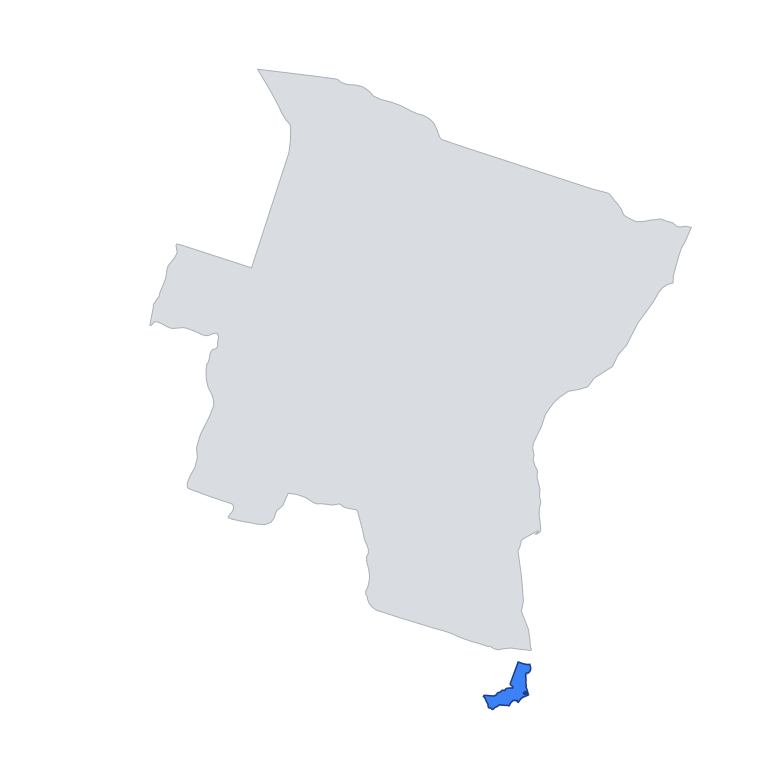 Cabinda highlighted on a map of Angola, rotated 198°
{"feature_id": "AGO-1885", "entity_name": "Cabinda", "entity_type": "Province", "adm_level": 1, "iso_a3": "AGO", "parent_name": "Angola", "parent_adm1": "", "projection": "mercator", "projection_center": [12.416, -5.077], "detail": "fine", "context": "in_parent", "style": "filled", "palette": "blue", "viewbox_px": 768, "rotation_deg": 198, "n_neighbors": 0, "source": "natural_earth", "source_scale": "10m", "svg_char_len": 5478}
<svg xmlns="http://www.w3.org/2000/svg" viewBox="0 0 768 768"><g transform="rotate(198 384 384)"><path d="M624.7,367.3L625.5,372.6L626.4,379.9L627.0,385.2L627.7,387.6L627.9,388.8L627.2,390.2L626.6,393.4L625.5,396.2L624.9,398.1L625.4,401.7L624.5,412.4L624.4,417.7L625.9,427.1L625.7,430.0L622.4,438.7L621.5,443.1L621.4,445.3L624.7,451.7L624.5,453.0L621.9,453.4L619.8,453.5L545.9,453.5L545.9,565.0L545.9,574.5L548.3,587.2L552.7,601.0L554.4,602.3L558.8,604.8L564.9,610.0L568.4,614.0L575.3,620.8L584.6,629.5L601.5,644.3L545.2,655.3L523.6,659.3L521.7,659.2L518.5,657.7L511.6,657.4L503.5,659.5L497.0,660.1L492.2,659.1L487.6,657.3L483.0,654.6L475.2,653.6L464.0,654.3L453.2,653.8L442.8,652.0L435.3,651.3L430.8,651.7L426.0,651.1L420.9,649.5L416.6,646.9L411.5,641.4L407.5,636.1L406.4,635.3L405.1,634.5L403.9,634.3L381.6,634.0L246.0,633.8L230.3,634.7L229.1,634.5L227.1,633.8L225.8,632.7L221.4,629.7L217.5,627.4L212.2,623.5L208.8,619.3L206.0,618.0L200.9,617.3L197.1,616.5L194.0,616.3L188.5,618.3L184.4,620.3L181.4,622.2L176.3,624.3L172.1,626.5L164.6,626.2L162.9,626.5L158.8,626.4L154.9,624.5L150.9,624.7L146.5,627.1L140.1,628.0L141.6,612.4L143.1,605.4L143.2,597.2L142.3,575.8L141.2,572.9L140.4,569.4L144.4,566.8L146.4,564.8L149.0,561.3L151.0,556.3L153.2,545.4L161.4,520.3L165.3,495.9L170.3,484.3L172.1,471.3L185.9,454.6L189.3,444.4L196.4,439.4L206.5,434.0L213.7,424.5L217.1,417.9L221.1,405.3L221.1,392.2L223.6,374.6L223.0,369.6L219.3,362.6L218.6,357.6L215.1,352.8L211.3,349.1L209.6,342.5L203.1,332.1L201.4,325.1L198.3,320.2L197.8,314.0L196.1,307.6L193.0,301.2L189.9,293.9L189.9,291.6L191.8,288.8L193.6,287.9L193.0,289.3L191.8,290.9L192.1,292.2L204.2,279.4L205.0,276.9L204.6,274.1L204.5,270.6L205.0,266.7L193.6,243.0L184.5,221.1L183.0,210.1L171.0,195.5L166.3,186.1L163.6,179.4L161.6,176.9L162.3,175.7L165.4,175.3L172.3,173.8L181.7,172.1L190.4,168.3L192.7,166.6L197.3,166.2L202.0,167.3L203.7,166.5L204.7,166.5L215.7,166.5L220.3,166.2L228.8,166.3L234.1,166.6L237.2,167.0L245.4,167.7L255.7,167.5L259.3,167.2L272.8,167.0L298.1,166.5L311.3,166.6L321.4,166.6L326.0,168.0L330.2,170.6L332.1,173.0L333.0,174.0L334.2,176.5L336.5,178.5L337.3,181.6L336.7,185.8L337.0,190.8L338.3,196.6L341.1,202.8L345.3,209.2L347.2,214.3L346.6,218.1L347.9,222.1L351.1,226.4L353.3,228.6L354.7,230.3L358.2,236.8L369.8,254.9L371.5,255.8L374.0,255.5L379.4,254.7L384.7,254.6L388.5,256.2L390.0,255.9L395.8,252.8L401.4,251.9L407.4,250.6L410.5,249.3L414.1,249.3L423.8,251.8L425.6,251.9L433.5,251.9L441.3,250.5L442.5,240.1L442.5,238.0L444.4,234.1L446.8,230.7L447.1,227.5L447.0,223.0L448.7,217.6L454.0,213.3L462.5,211.3L467.3,210.9L475.0,209.7L486.6,208.5L490.8,208.7L491.2,209.3L488.7,216.7L488.7,219.2L489.6,221.6L491.5,223.0L514.6,223.2L536.9,224.1L538.1,224.4L539.0,225.0L540.5,228.7L540.1,235.9L538.0,246.5L538.8,256.3L542.6,265.5L543.0,279.6L540.0,298.7L539.3,310.8L541.0,315.8L544.7,321.1L550.3,326.6L554.6,333.8L557.6,342.6L558.7,348.1L557.9,350.4L558.0,354.3L558.9,360.0L557.8,363.7L554.8,365.6L553.8,368.1L555.3,372.9L555.7,377.4L557.8,380.3L559.2,380.5L562.3,378.9L566.0,375.9L569.0,374.7L573.2,374.8L579.0,375.7L589.4,376.0L592.6,375.5L602.2,371.5L604.8,371.2L608.6,371.6L614.0,372.7L619.4,373.0L622.1,371.8L622.3,370.2L623.2,368.1L624.7,367.3ZM192.8,117.6L192.2,118.3L187.9,120.0L183.2,121.7L177.1,128.4L174.0,131.3L173.1,132.0L170.3,133.6L168.2,135.0L168.3,135.7L169.6,136.6L171.0,138.1L170.9,149.0L170.3,159.8L169.5,160.8L165.6,161.1L160.4,161.9L158.8,162.3L158.2,161.3L156.5,157.3L157.5,153.6L158.5,150.8L157.3,145.1L154.7,140.0L151.9,133.5L151.1,132.3L153.4,130.2L156.9,125.7L158.4,123.3L162.5,122.8L164.1,121.2L165.1,118.5L165.6,117.0L170.2,115.7L175.8,113.5L178.8,111.0L182.0,109.5L183.9,109.4L185.2,110.1L188.8,114.3L191.9,117.0L192.8,117.6Z" fill="#d9dde1" stroke="#a8b0b8" stroke-width="1"/><path d="M181.3,108.3L182.1,108.7L182.6,108.8L183.2,108.7L183.7,108.4L184.2,108.4L184.8,108.8L185.4,109.6L186.1,111.5L186.9,112.3L188.4,113.6L191.0,116.7L192.9,117.6L192.6,118.8L191.1,119.3L183.4,121.1L182.2,121.8L181.5,122.5L181.0,123.4L180.8,124.3L180.7,125.2L180.3,125.7L178.5,126.7L178.0,127.2L177.6,128.0L177.5,128.7L177.2,129.1L176.3,129.5L174.7,129.6L174.4,129.8L174.3,130.7L173.6,132.2L172.1,133.1L168.8,134.3L168.5,134.3L168.2,134.3L167.9,134.3L167.7,134.7L167.7,135.1L167.8,135.5L168.0,135.9L168.2,136.1L170.6,136.9L171.1,137.3L171.4,138.6L171.2,141.7L171.1,145.1L170.9,149.8L170.7,154.8L170.6,157.4L170.5,161.1L167.6,161.0L164.0,161.0L160.6,161.5L158.7,162.5L156.7,159.3L156.2,156.7L157.1,154.2L157.6,153.8L158.0,153.7L158.4,153.6L159.0,153.4L159.4,153.0L159.5,152.5L159.5,151.2L159.4,150.7L158.8,149.3L158.1,147.9L157.1,145.2L157.1,144.2L155.6,141.4L155.3,139.5L153.1,136.9L151.2,134.0L151.2,133.5L151.7,133.7L152.5,133.8L153.0,134.0L153.3,134.2L153.5,135.1L154.3,135.3L155.0,134.9L155.4,134.3L155.4,133.7L155.8,133.5L155.8,132.7L155.6,132.4L155.2,132.2L154.8,132.2L154.5,132.7L154.4,133.2L154.4,134.1L154.2,134.3L153.9,134.2L153.7,133.4L153.5,132.9L153.2,132.8L153.0,133.2L152.6,133.2L152.1,133.0L151.5,133.0L150.7,132.9L151.0,132.5L155.5,128.7L156.6,127.0L157.8,122.9L157.9,122.7L158.4,122.7L158.8,123.0L159.1,123.4L159.6,124.3L160.0,124.0L160.6,123.8L161.2,123.7L162.5,123.5L163.1,123.3L163.5,122.8L165.2,119.5L165.3,118.7L165.3,117.0L165.7,116.4L166.7,116.6L167.3,116.5L170.0,115.6L174.4,114.8L175.1,114.6L175.5,114.1L176.4,112.5L176.9,111.9L177.6,111.4L178.3,111.0L178.8,110.3L179.1,109.4L179.6,108.5L180.5,107.9L181.1,108.1L181.3,108.3Z" fill="#3b82f6" stroke="#1e3a8a" stroke-width="1.5"/></g></svg>